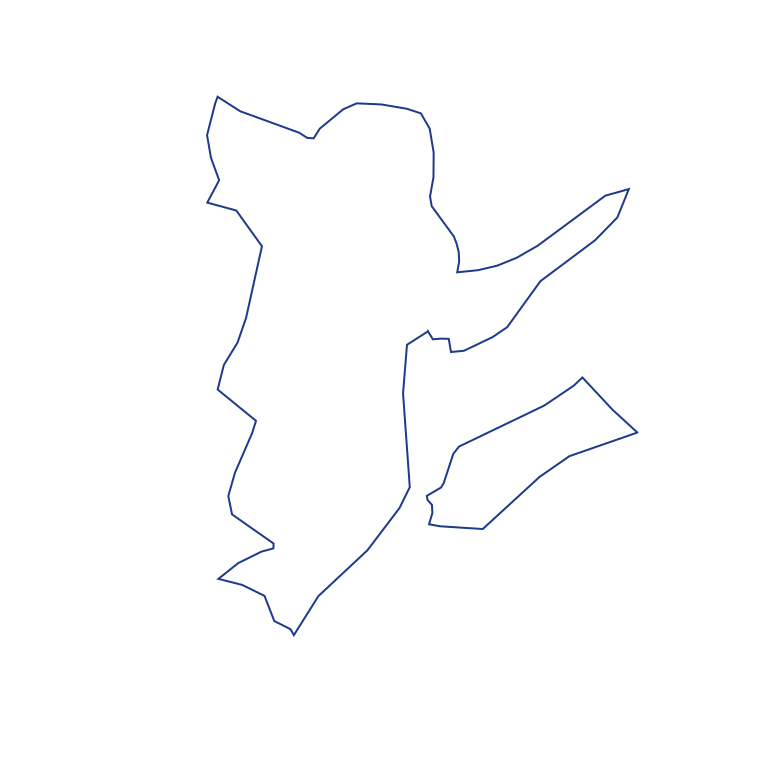 SVG path tracing the border of Kilinŏchchi, rotated 110°
{"feature_id": "LKA-2460", "entity_name": "Kilinŏchchi", "entity_type": "District", "adm_level": 1, "iso_a3": "LKA", "parent_name": "Sri Lanka", "parent_adm1": "", "projection": "robinson", "projection_center": [80.291, 9.445], "detail": "fine", "context": "isolated", "style": "outline", "palette": "blue", "viewbox_px": 768, "rotation_deg": 110, "n_neighbors": 0, "source": "natural_earth", "source_scale": "10m", "svg_char_len": 1331}
<svg xmlns="http://www.w3.org/2000/svg" viewBox="0 0 768 768"><g transform="rotate(110 384 384)"><path d="M171.0,638.6L176.9,612.3L176.9,549.5L179.0,540.3L177.2,534.1L166.0,531.7L139.8,516.3L129.6,505.6L123.2,485.3L122.1,481.6L117.5,456.2L117.1,441.9L128.4,428.4L149.5,416.5L172.8,408.2L192.0,404.9L200.6,400.0L221.5,368.8L223.9,366.7L227.5,363.6L234.5,358.9L243.1,355.3L254.0,353.4L244.9,334.6L239.5,326.3L234.0,318.0L220.0,302.5L201.5,286.9L131.3,240.4L117.1,220.6L147.7,221.7L176.7,234.8L233.9,272.2L288.5,287.7L302.9,298.1L325.4,320.2L331.0,332.0L319.4,338.6L321.9,346.0L325.3,353.4L319.4,360.7L319.5,360.7L339.3,375.8L386.3,362.9L472.1,324.5L495.2,327.0L545.9,342.7L605.7,373.1L650.8,382.8L646.4,388.0L644.3,406.0L624.0,423.8L621.3,448.5L623.8,473.0L602.1,459.7L583.5,441.9L576.3,431.7L571.7,433.2L558.5,482.2L542.5,492.0L518.4,493.7L475.1,491.1L462.4,491.7L446.1,538.4L420.9,541.0L395.3,535.8L369.2,536.2L296.3,545.8L271.5,582.1L274.0,612.1L248.9,608.6L230.7,623.9L210.7,635.4L178.0,638.6L171.0,638.6ZM343.0,129.4L388.4,185.1L418.0,206.0L486.5,241.6L498.6,282.9L500.4,293.7L488.7,294.4L481.2,297.6L480.2,299.4L478.1,303.4L474.4,305.5L461.8,295.0L456.7,294.0L425.9,295.0L417.1,292.1L349.5,226.1L320.5,205.0L320.4,205.0L310.0,199.8L330.1,160.3L342.9,129.4L343.0,129.4Z" fill="none" stroke="#1e3a8a" stroke-width="2"/></g></svg>